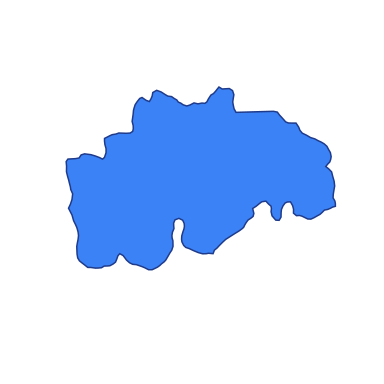 Jardinópolis, São Paulo, Brazil, rotated 316°
{"feature_id": "56859067B66949220623796", "entity_name": "Jardinópolis", "entity_type": "district", "adm_level": 2, "iso_a3": "BRA", "parent_name": "Brazil", "parent_adm1": "São Paulo", "projection": "natural_earth1", "projection_center": [-47.828, -21.002], "detail": "fine", "context": "isolated", "style": "filled", "palette": "blue", "viewbox_px": 384, "rotation_deg": 316, "n_neighbors": 0, "source": "geoboundaries", "source_scale": "gbopen_adm2", "svg_char_len": 3088}
<svg xmlns="http://www.w3.org/2000/svg" viewBox="0 0 384 384"><g transform="rotate(316 192 192)"><path d="M237.2,94.3L232.9,93.2L230.0,95.3L227.2,96.5L224.2,97.3L222.7,94.3L221.7,89.3L219.4,88.4L215.5,88.9L211.8,89.7L208.8,91.3L206.5,92.7L203.9,95.0L200.7,97.5L198.0,99.6L195.8,103.4L193.6,105.8L191.4,107.2L188.4,106.6L185.4,104.0L182.9,101.4L180.3,98.7L177.6,97.5L174.4,95.3L171.9,94.4L169.5,93.7L166.3,92.7L164.5,94.5L162.3,97.4L160.3,101.1L157.5,104.0L153.1,106.3L150.5,106.2L149.4,103.0L147.4,98.8L145.2,94.9L141.2,89.9L138.0,88.3L134.4,89.1L131.3,87.0L125.6,82.1L122.6,82.7L119.7,86.3L115.8,90.2L113.5,94.1L111.6,97.7L109.6,101.1L108.1,103.8L106.5,106.0L104.9,110.4L100.5,114.0L96.1,116.3L91.9,117.9L89.7,125.2L86.9,130.4L85.6,134.5L84.4,137.7L82.3,141.6L80.1,144.5L77.2,146.9L74.0,149.1L71.3,151.1L66.2,156.8L64.0,160.0L63.2,163.3L63.6,166.6L64.2,170.6L64.6,173.8L66.8,176.0L69.7,179.7L71.8,181.6L74.3,183.6L77.4,184.3L79.7,186.4L81.7,188.0L85.2,189.0L88.3,189.3L91.5,187.9L94.4,186.4L97.2,186.2L98.3,189.9L98.0,192.5L97.6,195.4L97.9,199.5L99.1,202.8L101.5,205.6L104.1,210.7L105.4,213.7L106.8,217.8L109.3,220.2L111.9,221.1L115.0,222.1L117.8,222.5L120.1,222.5L123.6,222.9L126.0,222.7L129.9,221.6L133.7,220.5L137.0,219.8L140.6,217.9L144.4,213.8L145.8,211.2L147.4,209.3L150.1,207.3L153.6,205.8L155.3,203.7L157.2,201.6L160.5,200.2L164.3,201.9L165.7,205.8L164.5,209.2L162.7,211.4L160.7,212.9L157.7,214.4L154.1,216.5L151.6,218.8L150.1,220.9L148.9,224.7L149.0,227.5L150.7,230.8L152.4,235.3L154.4,239.9L156.7,243.8L159.3,246.2L161.4,247.6L164.3,251.0L167.7,249.4L171.0,249.7L174.2,249.5L179.0,249.4L183.4,249.5L187.4,250.3L190.9,251.0L194.3,251.7L198.7,252.7L202.3,253.2L204.6,253.3L206.9,252.4L209.4,251.7L212.8,251.1L216.5,251.8L219.0,252.0L221.6,250.4L224.2,246.0L228.2,246.8L232.0,247.1L235.4,247.5L238.8,249.9L238.7,253.8L239.0,257.1L237.6,259.1L235.2,261.1L233.0,264.8L232.7,270.4L235.0,272.9L238.6,271.9L241.7,268.8L244.2,266.7L247.8,265.2L251.3,264.6L253.6,265.4L256.0,267.5L254.9,271.7L253.1,274.9L250.3,277.7L250.7,281.6L253.0,283.5L254.3,285.7L255.5,289.0L256.5,291.8L258.7,294.1L261.8,295.2L264.1,295.8L266.4,296.4L268.6,297.0L271.4,297.1L274.7,297.0L277.5,298.8L280.3,299.9L282.6,300.5L285.2,301.9L287.1,299.9L288.5,297.8L289.4,294.2L291.9,291.9L295.2,289.4L298.8,286.8L301.7,283.0L304.1,278.5L306.4,274.5L306.4,270.3L305.9,266.6L309.0,266.2L312.0,266.1L314.4,264.9L316.7,263.2L318.9,259.8L319.8,256.2L320.8,252.8L320.5,249.0L319.6,245.8L318.3,242.5L317.3,239.2L315.1,235.2L313.8,230.6L312.2,226.3L312.5,222.5L313.8,219.5L314.7,214.7L311.9,212.0L309.2,209.2L308.1,206.6L308.3,201.8L308.4,197.4L308.9,193.8L306.6,190.5L279.0,165.3L280.1,161.3L282.4,157.6L283.9,155.5L286.6,153.4L289.7,151.1L291.6,147.2L290.7,143.5L287.9,141.1L285.3,138.9L284.3,135.2L281.8,135.5L279.0,135.9L275.8,136.1L273.0,135.4L268.6,136.4L265.3,137.5L262.9,137.2L260.9,134.9L257.5,132.7L255.3,129.3L251.0,128.0L248.0,126.5L246.2,123.1L245.7,120.4L244.6,117.8L245.0,115.2L244.1,112.1L243.6,109.2L241.2,106.2L240.3,102.9L239.3,98.6L237.2,94.3Z" fill="#3b82f6" stroke="#1e3a8a" stroke-width="1.5"/></g></svg>